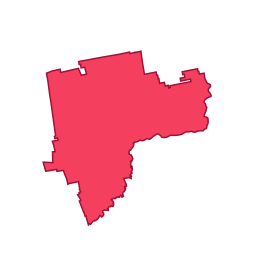 outline of Xicoténcatl, Tamaulipas, Mexico, rotated 251°
{"feature_id": "50627088B55744445073678", "entity_name": "Xicoténcatl", "entity_type": "district", "adm_level": 2, "iso_a3": "MEX", "parent_name": "Mexico", "parent_adm1": "Tamaulipas", "projection": "natural_earth1", "projection_center": [-99.006, 22.986], "detail": "fine", "context": "isolated", "style": "filled", "palette": "rose", "viewbox_px": 256, "rotation_deg": 251, "n_neighbors": 0, "source": "geoboundaries", "source_scale": "gbopen_adm2", "svg_char_len": 5646}
<svg xmlns="http://www.w3.org/2000/svg" viewBox="0 0 256 256"><g transform="rotate(251 128 128)"><path d="M148.8,217.1L149.0,217.0L149.7,216.7L155.1,217.8L155.7,213.0L158.5,213.4L158.6,212.6L161.4,213.0L163.5,197.6L160.6,197.1L160.4,198.7L157.4,198.2L157.9,194.9L158.1,193.6L155.2,193.1L154.1,201.1L153.9,203.0L151.4,202.6L154.3,181.4L152.6,181.1L152.6,179.5L155.3,179.9L155.7,176.8L159.3,177.3L159.8,174.1L159.9,172.4L164.6,173.3L164.7,172.6L168.4,173.2L168.5,172.2L171.8,172.8L173.4,161.0L187.5,163.4L196.4,165.2L196.7,162.3L197.2,159.5L197.0,159.4L197.4,158.8L197.2,158.7L197.3,158.1L197.8,154.0L199.3,154.2L200.6,143.6L203.2,127.8L206.9,103.0L203.9,102.5L203.7,103.8L200.2,103.2L199.4,106.8L192.4,106.3L193.1,101.0L200.5,100.5L201.0,96.0L202.4,82.5L205.7,83.0L206.4,76.3L206.6,75.2L206.4,68.8L202.9,68.2L198.7,67.6L184.5,64.7L177.4,63.5L147.3,57.6L144.5,57.1L143.9,55.7L141.7,55.4L141.6,58.0L139.2,57.8L140.1,52.2L135.7,52.1L129.4,51.4L130.0,48.8L129.1,48.7L128.5,48.4L127.5,48.1L127.2,47.9L126.9,47.9L124.5,47.1L122.6,46.5L119.7,45.8L123.3,36.7L113.9,36.1L113.7,37.4L113.0,41.0L112.1,47.0L110.2,46.7L108.9,53.1L104.4,53.1L101.3,53.4L99.4,53.4L94.3,52.8L94.7,54.5L94.4,56.1L93.4,63.8L87.1,62.6L85.9,62.5L85.8,62.0L83.0,62.5L83.0,60.7L81.7,60.9L81.3,58.6L76.4,59.8L74.9,59.8L74.8,58.2L67.4,58.5L63.3,58.6L63.2,58.6L62.7,58.6L62.7,59.0L58.7,58.7L58.7,59.5L54.0,59.3L49.2,59.0L49.4,59.4L50.3,59.8L50.4,60.1L50.2,60.5L49.1,61.0L49.1,61.3L49.3,61.5L49.7,62.1L50.7,63.6L51.0,64.3L51.4,65.1L51.6,65.6L51.6,66.1L51.0,66.3L51.0,66.8L50.9,67.3L51.3,67.7L51.6,68.6L51.7,68.9L51.5,69.1L51.6,69.5L52.1,70.1L52.4,70.6L52.8,71.1L53.8,72.1L54.3,72.7L54.5,73.0L54.3,73.2L53.8,73.6L52.7,73.8L52.5,74.7L52.6,75.1L52.9,75.6L53.7,76.6L54.5,77.1L55.7,77.2L56.6,76.7L57.2,76.8L57.7,76.9L57.9,77.4L58.1,79.0L57.8,80.0L57.4,80.2L57.2,81.4L56.6,82.0L56.5,82.5L57.0,82.9L57.8,83.0L58.3,82.7L58.5,82.6L58.8,83.4L59.5,84.0L59.6,84.6L59.6,85.2L59.3,86.0L59.4,86.3L59.8,86.7L59.8,87.1L59.7,87.4L59.0,87.9L58.8,88.3L58.9,88.5L59.1,88.6L59.4,89.0L60.1,89.6L60.3,89.6L60.8,89.4L61.0,89.3L61.4,89.3L61.7,89.5L61.6,89.8L61.9,90.1L62.9,90.1L64.1,89.8L64.8,89.5L65.4,88.8L65.7,88.8L66.0,89.1L66.2,89.7L66.0,90.2L65.9,90.5L66.1,91.2L65.9,92.2L65.7,92.5L65.3,92.7L65.5,93.4L65.7,93.7L66.2,94.0L66.2,94.4L65.9,94.5L65.9,94.8L66.2,95.3L66.2,95.5L66.2,95.9L65.7,96.4L65.9,96.9L65.7,97.1L65.3,97.3L65.3,97.6L66.1,98.1L66.8,99.2L66.7,99.4L65.2,100.1L64.8,99.8L64.6,99.8L64.6,100.0L64.7,100.7L64.8,101.5L65.0,101.6L65.8,101.6L66.6,101.5L67.0,101.4L68.5,102.1L68.9,102.7L69.1,103.7L69.2,104.1L70.1,104.6L70.3,105.0L70.3,105.3L70.7,105.5L71.1,105.1L71.3,105.4L71.6,106.0L71.8,106.1L72.0,106.1L72.5,105.8L72.6,105.4L73.6,105.6L73.8,105.9L74.0,106.0L74.0,106.4L73.5,106.7L73.4,106.9L73.5,107.6L73.9,107.8L75.2,108.0L81.0,107.5L81.6,107.5L80.7,113.3L80.3,113.3L80.1,113.5L79.7,114.1L79.2,114.4L79.1,114.6L79.5,114.7L79.9,114.3L80.0,114.0L80.2,113.6L80.3,113.5L80.5,113.4L80.8,113.5L80.9,114.0L80.8,114.7L80.9,114.9L80.9,115.2L81.2,115.6L81.5,115.5L81.8,115.4L82.0,115.1L82.1,114.9L82.2,114.7L82.5,114.5L82.8,114.8L83.0,115.3L83.5,115.8L83.8,116.9L84.1,117.2L85.1,116.7L85.5,116.7L85.8,117.4L87.0,118.3L87.5,118.6L88.1,118.6L88.5,118.9L89.0,118.9L89.2,118.3L89.6,117.9L89.9,117.8L90.3,117.8L90.5,118.0L90.3,118.4L89.9,118.9L89.9,119.2L90.5,119.3L91.5,118.7L92.2,118.6L92.8,118.6L93.7,119.3L94.3,119.5L94.5,119.6L95.7,119.3L95.9,119.5L95.8,120.2L95.5,120.6L95.5,120.8L95.5,121.0L96.9,121.9L96.9,122.2L97.2,122.5L97.5,122.5L97.8,122.5L98.3,122.4L99.1,122.6L99.6,122.5L100.4,122.3L101.2,122.4L101.5,122.1L101.9,121.7L102.2,121.2L102.7,120.7L102.9,120.6L103.1,120.6L103.5,120.7L103.9,121.0L104.5,120.9L104.7,121.0L104.9,121.2L106.1,121.9L106.4,122.4L106.2,123.1L106.3,123.6L107.0,124.1L108.2,126.1L108.5,126.5L109.7,127.6L110.4,128.0L110.6,128.1L111.2,127.8L111.5,127.8L111.9,128.1L111.9,128.4L111.9,129.2L112.3,129.5L112.5,129.8L112.5,130.1L112.3,130.5L112.2,131.5L112.1,131.9L112.2,132.4L112.1,133.9L112.4,134.2L112.7,135.0L112.0,136.1L111.5,137.0L111.1,138.1L111.1,138.6L111.1,139.1L111.7,141.8L111.7,142.5L111.4,143.1L110.4,144.4L110.4,145.6L110.6,146.2L111.3,147.7L112.0,149.6L112.6,152.3L112.8,154.0L112.5,154.7L112.2,155.0L110.7,155.9L109.7,156.6L109.0,156.6L108.2,157.1L107.5,158.1L106.8,161.0L106.8,163.1L107.3,165.3L107.2,166.0L105.6,170.3L105.2,172.0L104.7,175.0L104.6,177.2L105.3,180.3L105.4,181.2L105.1,183.0L104.6,183.8L104.2,186.9L104.1,187.3L103.8,187.6L102.9,188.3L102.6,189.0L102.3,190.1L102.1,191.0L102.4,192.9L101.6,196.4L101.2,197.0L100.9,197.9L101.3,199.0L101.8,199.7L102.0,200.2L102.0,201.1L102.1,201.8L102.4,202.2L103.1,202.8L103.6,202.8L103.8,202.9L104.1,203.2L104.5,203.5L104.9,203.8L105.2,204.1L105.6,204.6L106.0,204.9L106.5,205.2L107.2,205.6L107.8,205.8L109.8,206.4L111.1,206.7L111.5,206.7L111.9,206.5L112.3,206.3L112.7,205.8L113.1,205.2L113.3,204.7L113.9,204.0L114.1,203.8L114.3,203.8L115.0,204.0L115.4,204.3L116.7,205.4L117.9,206.6L119.2,207.5L120.0,207.9L120.7,208.5L121.7,209.1L122.0,209.2L122.5,209.1L123.3,208.7L123.6,208.6L123.8,208.7L124.8,209.1L125.5,209.1L126.3,208.8L127.1,208.3L127.5,208.2L128.0,208.3L128.4,208.6L128.8,209.0L129.1,209.2L129.2,209.4L129.4,209.8L129.9,210.9L130.2,211.7L130.6,212.8L130.8,214.1L130.8,214.7L130.8,216.2L130.8,216.6L131.0,216.9L131.3,217.1L131.7,217.2L133.1,217.1L134.5,216.8L136.5,216.0L137.0,216.0L138.2,216.5L138.8,216.9L139.2,217.2L139.3,217.4L139.4,217.9L139.5,218.2L140.0,219.0L140.6,219.6L141.1,219.8L141.6,219.9L142.0,219.9L142.6,219.7L142.8,219.5L143.0,219.2L143.7,218.4L144.0,218.0L144.2,217.8L144.5,217.6L146.3,217.2L148.0,216.9L148.5,217.0L148.8,217.1Z" fill="#f43f5e" stroke="#9f1239" stroke-width="1.5"/></g></svg>